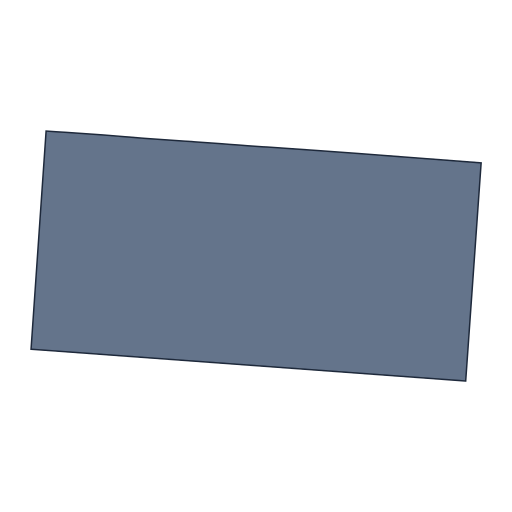 McPherson, South Dakota, United States of America, rotated 4°
{"feature_id": "52423323B76853800057701", "entity_name": "McPherson", "entity_type": "district", "adm_level": 2, "iso_a3": "USA", "parent_name": "United States of America", "parent_adm1": "South Dakota", "projection": "mercator", "projection_center": [-99.314, 45.766], "detail": "fine", "context": "isolated", "style": "filled", "palette": "slate", "viewbox_px": 512, "rotation_deg": 4, "n_neighbors": 0, "source": "geoboundaries", "source_scale": "gbopen_adm2", "svg_char_len": 533}
<svg xmlns="http://www.w3.org/2000/svg" viewBox="0 0 512 512"><g transform="rotate(4 256 256)"><path d="M37.9,146.0L38.1,364.7L42.4,364.7L473.9,366.1L474.1,147.4L395.1,146.9L394.6,146.9L350.6,146.6L312.4,146.5L308.2,146.5L259.8,146.5L259.3,146.5L255.8,146.6L255.5,146.6L240.0,146.6L231.8,146.5L228.5,146.5L222.6,146.5L213.6,146.4L201.8,146.4L201.7,146.4L187.0,146.4L183.8,146.3L177.0,146.4L137.9,146.4L136.6,146.4L94.6,145.9L84.8,145.9L58.1,145.9L48.9,146.0L37.9,146.0Z" fill="#64748b" stroke="#1e293b" stroke-width="1.5"/></g></svg>